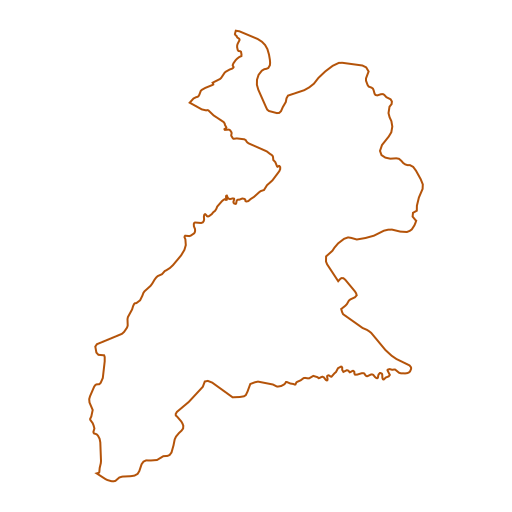 an SVG outline of Arbil
{"feature_id": "IRQ-3050", "entity_name": "Arbil", "entity_type": "Province", "adm_level": 1, "iso_a3": "IRQ", "parent_name": "Iraq", "parent_adm1": "", "projection": "orthographic", "projection_center": [44.221, 36.37], "detail": "fine", "context": "isolated", "style": "outline", "palette": "amber", "viewbox_px": 512, "rotation_deg": 0, "n_neighbors": 0, "source": "natural_earth", "source_scale": "10m", "svg_char_len": 5985}
<svg xmlns="http://www.w3.org/2000/svg" viewBox="0 0 512 512"><path d="M235.8,30.7L239.4,31.3L257.7,39.0L262.0,41.8L265.1,45.0L267.4,49.1L269.0,54.6L269.9,59.9L270.1,62.8L269.9,65.2L268.3,68.0L266.4,68.8L264.3,69.2L261.8,70.7L258.6,74.8L257.0,79.7L256.9,84.8L258.3,89.7L266.0,107.1L267.2,109.6L268.9,111.0L276.9,113.1L279.2,112.9L281.0,111.2L282.8,107.1L285.8,102.0L286.5,98.3L288.0,95.6L304.2,90.2L309.2,87.4L313.9,83.7L318.5,77.8L325.4,71.3L332.7,65.8L338.8,62.9L342.4,62.8L362.4,65.5L366.2,67.4L368.6,71.5L366.0,78.4L366.0,80.7L367.6,85.0L368.7,86.6L371.5,87.6L372.9,88.6L373.6,90.2L374.6,93.8L375.5,95.0L377.3,95.4L381.0,94.2L382.9,94.1L384.2,94.8L386.4,97.2L390.6,99.3L391.9,101.5L391.6,104.1L389.5,106.7L388.5,113.1L389.6,117.3L391.4,121.2L392.3,126.6L391.3,132.3L388.7,136.6L382.0,145.0L380.0,150.9L381.5,155.1L385.3,157.6L390.3,158.7L396.3,158.3L399.0,158.8L401.4,160.9L403.2,163.0L405.2,164.4L407.4,165.1L409.9,165.1L413.2,166.9L416.0,170.7L420.7,179.2L422.8,184.4L422.6,188.9L418.9,197.5L416.9,205.7L416.8,210.7L413.0,212.8L412.6,216.6L415.5,220.1L416.2,220.7L415.4,223.0L414.4,225.4L411.8,229.4L409.7,230.9L406.9,232.0L400.3,231.6L392.0,229.6L388.1,229.7L383.9,230.7L373.9,235.7L365.5,238.0L356.8,239.5L351.2,237.9L348.1,237.4L344.1,238.8L338.2,243.3L334.5,247.6L332.4,250.8L326.1,256.4L326.0,261.5L327.1,264.3L338.2,281.2L340.1,279.1L341.4,278.1L343.4,278.2L345.3,279.8L355.0,291.5L356.1,293.3L356.7,295.3L354.9,297.3L350.4,299.4L348.9,300.6L346.9,304.1L345.4,305.7L341.2,309.0L342.1,312.1L343.1,314.2L362.6,328.0L367.0,329.9L369.3,331.4L371.2,332.9L385.4,350.0L391.6,355.7L396.4,359.0L409.5,365.4L410.8,367.0L411.1,367.7L411.1,368.9L410.0,371.5L408.8,372.5L407.4,373.1L405.3,373.4L400.9,373.3L399.1,372.8L395.2,369.6L394.3,369.5L392.2,369.8L389.7,369.1L388.1,369.5L387.6,369.8L387.5,370.4L389.8,374.9L388.7,376.4L385.8,377.5L383.9,379.4L383.3,379.5L382.9,379.2L382.4,377.9L382.2,374.4L381.9,373.7L380.5,373.0L379.9,373.0L378.6,374.5L378.3,375.3L377.9,377.7L377.3,378.2L376.4,378.1L374.9,376.9L373.3,374.9L372.4,374.5L371.2,374.4L367.4,376.2L366.4,376.1L365.3,375.1L364.3,373.5L363.3,373.2L361.8,373.2L357.2,374.6L355.1,374.7L354.4,373.7L354.3,371.8L353.4,370.9L352.5,370.9L350.4,372.1L349.7,372.3L348.4,370.7L346.9,370.2L343.4,371.9L342.2,369.9L342.2,367.6L341.6,366.7L341.0,366.6L338.0,368.2L336.0,372.0L334.4,373.4L331.5,376.7L330.8,376.6L328.7,375.3L327.9,375.5L327.2,376.0L327.1,376.8L327.6,379.1L327.3,380.3L326.6,380.4L325.8,379.9L323.8,377.3L322.4,376.7L321.2,377.1L319.5,378.0L318.6,378.2L317.6,377.2L313.3,375.9L309.2,378.3L307.5,378.3L305.1,377.9L303.6,378.1L300.7,380.3L297.1,381.9L296.4,382.4L295.4,384.5L294.8,384.6L293.4,384.0L290.3,383.5L286.8,382.0L286.0,382.0L285.1,383.5L284.0,384.5L281.2,386.0L277.7,386.6L276.6,386.4L272.9,384.5L258.0,381.6L254.8,382.3L250.3,384.0L247.5,391.6L245.8,395.1L244.0,396.3L239.8,397.0L232.6,397.3L212.2,382.6L207.8,380.9L204.8,381.5L202.8,386.8L188.8,401.9L176.9,411.9L175.7,414.0L175.8,415.5L177.1,416.6L181.3,421.5L182.5,423.6L183.3,425.8L183.1,428.5L181.5,430.7L179.0,433.0L176.0,436.6L174.7,439.4L173.5,445.4L171.5,452.5L169.6,455.0L167.5,455.9L163.3,456.2L157.0,460.0L150.5,460.5L146.1,460.4L143.5,461.6L141.6,464.2L139.3,471.1L137.6,473.9L134.5,475.6L130.7,476.2L122.3,476.6L119.3,477.5L115.4,480.9L113.5,481.3L111.4,481.2L107.3,480.0L105.5,479.1L96.7,473.4L98.8,472.8L99.3,472.1L99.7,467.9L100.8,463.2L101.0,461.0L100.3,442.4L99.6,438.8L98.1,435.9L97.0,434.6L95.9,434.0L94.1,433.5L93.6,432.8L93.4,431.9L94.4,428.5L93.6,425.5L92.7,423.2L90.3,419.9L90.1,419.0L91.3,416.5L92.7,410.0L89.5,402.5L89.2,399.1L90.0,396.3L94.2,386.6L95.3,385.1L96.4,384.4L99.3,384.2L100.7,382.8L102.8,378.0L104.7,361.4L104.7,357.0L104.1,355.3L98.4,354.8L96.4,352.6L95.3,346.6L96.9,344.2L122.0,333.8L124.1,331.9L126.9,327.8L127.4,326.6L127.7,325.4L127.5,319.1L127.9,317.1L132.1,309.4L133.1,306.1L134.1,304.0L134.8,303.3L136.4,303.1L140.1,300.3L142.4,295.6L143.4,292.9L144.5,291.3L150.6,285.8L152.3,283.5L154.6,279.6L156.2,277.5L157.7,276.1L162.0,274.2L164.8,271.0L166.3,270.3L169.9,268.0L173.0,265.1L181.1,255.4L184.4,249.9L185.8,245.1L185.4,239.4L184.5,237.2L184.7,236.3L185.2,235.7L189.4,236.1L190.8,235.6L194.2,233.3L194.8,232.2L195.1,230.9L195.0,229.0L193.9,226.3L193.8,224.0L194.2,223.0L195.0,222.5L201.1,223.0L202.8,222.4L203.7,221.1L204.1,219.6L203.9,216.7L204.2,215.0L204.7,214.3L205.3,214.2L206.5,215.4L207.0,216.2L208.0,216.5L209.1,216.1L211.8,214.1L213.2,212.3L215.1,210.8L216.4,208.7L217.2,206.6L222.0,201.1L223.6,199.8L224.7,199.2L225.8,199.9L226.7,199.8L226.9,199.2L226.2,198.1L226.0,197.2L226.1,196.0L226.5,195.6L226.9,195.6L227.7,197.8L229.1,198.9L230.0,199.1L232.9,198.4L234.1,198.7L234.2,199.3L233.4,201.9L233.6,202.8L234.2,203.5L235.5,203.9L236.1,203.6L236.7,200.6L237.3,200.0L237.9,199.7L239.3,199.7L242.3,198.5L244.3,198.9L245.0,199.3L245.3,199.8L245.3,200.4L245.5,201.1L246.3,201.5L248.3,201.1L250.7,199.0L254.0,196.9L259.2,192.2L260.7,191.1L264.0,190.0L267.0,185.2L272.4,180.4L279.3,171.2L280.2,169.1L280.2,167.1L279.4,166.0L279.0,165.9L277.6,166.8L277.1,166.5L275.3,162.1L273.3,160.0L273.0,156.9L272.6,155.9L271.6,154.9L270.0,153.9L266.8,151.4L248.7,143.4L247.4,142.5L246.5,141.5L245.8,140.2L244.3,139.3L236.8,138.4L233.6,138.8L232.9,138.4L231.3,135.8L231.2,135.2L231.6,133.5L231.5,132.4L230.3,130.5L229.6,129.9L228.7,129.6L224.9,129.9L224.5,129.5L224.5,129.0L226.2,128.1L226.4,127.5L224.9,124.8L224.7,123.6L223.7,122.1L213.6,115.4L208.4,110.4L207.3,110.1L206.2,110.4L201.8,109.4L189.7,102.7L193.5,98.5L196.1,97.2L197.7,96.8L198.6,96.0L199.3,94.8L200.8,90.8L201.9,89.8L205.3,87.9L212.4,85.0L213.3,84.5L213.3,84.0L212.6,82.7L220.0,79.0L221.1,78.0L224.7,72.6L225.8,71.7L229.7,69.5L232.2,68.6L233.2,67.8L233.6,67.1L232.7,65.5L232.9,64.5L233.5,63.2L235.7,60.1L237.2,58.6L239.3,57.0L241.4,56.1L241.5,54.5L241.0,51.8L240.4,51.3L238.5,51.0L237.7,49.9L237.1,47.1L237.2,45.2L237.7,43.7L239.5,40.2L239.5,39.4L239.2,38.8L237.2,37.4L236.6,36.0L235.6,35.3L234.9,34.1L235.8,30.7Z" fill="none" stroke="#b45309" stroke-width="2"/></svg>